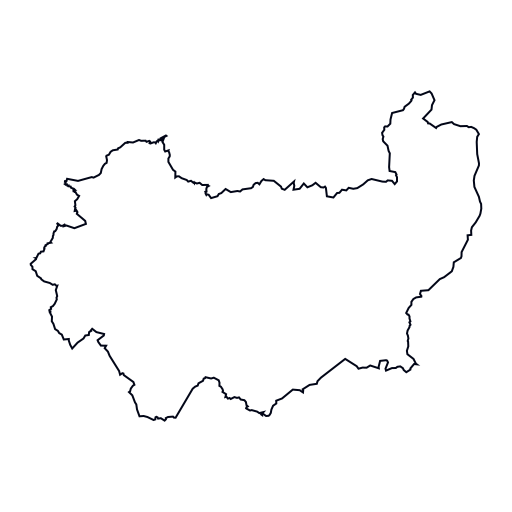 Lifford-Stranorlar Lea-6, Donegal, Ireland
{"feature_id": "5873133B69749427395931", "entity_name": "Lifford-Stranorlar Lea-6", "entity_type": "district", "adm_level": 2, "iso_a3": "IRL", "parent_name": "Ireland", "parent_adm1": "Donegal", "projection": "mercator", "projection_center": [-7.813, 54.836], "detail": "fine", "context": "isolated", "style": "outline", "palette": "ink", "viewbox_px": 512, "rotation_deg": 0, "n_neighbors": 0, "source": "geoboundaries", "source_scale": "gbopen_adm2", "svg_char_len": 5993}
<svg xmlns="http://www.w3.org/2000/svg" viewBox="0 0 512 512"><path d="M392.1,113.0L390.5,119.5L390.3,123.7L387.5,126.5L385.1,126.4L384.2,127.4L384.3,129.8L382.1,132.8L382.5,135.2L383.4,136.6L382.7,139.1L383.2,141.3L387.5,145.7L388.6,150.9L389.8,153.3L389.1,167.1L389.6,171.0L395.3,172.1L396.5,174.5L396.0,175.2L397.0,177.2L397.0,181.4L394.7,184.1L392.0,180.8L387.7,180.4L386.0,181.8L382.4,181.6L371.6,179.0L367.8,180.3L363.2,184.4L357.3,188.1L353.3,188.8L348.7,187.8L346.3,190.4L342.0,189.7L339.4,192.8L337.1,193.0L333.4,197.5L326.9,196.3L325.9,187.9L325.0,186.6L323.5,187.5L320.8,187.2L315.6,182.8L312.3,185.3L307.4,187.3L303.8,183.5L299.6,188.8L293.5,189.7L294.3,185.8L293.7,182.9L294.0,181.5L284.7,189.8L281.8,188.7L281.0,186.6L273.8,180.8L265.3,180.2L263.6,179.1L261.4,181.0L259.4,184.3L257.7,182.8L255.6,183.1L253.6,184.8L252.9,186.9L251.1,188.2L242.5,189.4L240.1,191.5L237.4,191.0L230.8,192.1L225.6,189.0L221.3,193.1L218.8,194.0L217.5,196.2L211.1,198.1L208.7,194.8L206.7,194.3L206.3,194.9L205.6,193.6L205.5,192.3L206.0,192.0L205.6,191.6L206.5,191.2L206.3,189.0L206.9,187.0L208.6,186.0L207.8,185.6L207.8,184.9L202.2,185.0L199.6,182.8L196.9,183.5L194.6,182.5L194.4,183.1L193.9,182.2L193.3,182.7L191.0,180.8L188.2,181.6L186.7,180.0L181.7,178.2L178.9,176.3L176.8,176.4L175.3,177.5L175.4,171.6L173.0,169.8L168.4,161.9L168.4,158.5L169.7,156.4L169.8,155.0L169.1,152.2L168.3,151.2L168.5,150.4L165.2,151.5L164.2,149.7L164.2,144.8L162.5,142.0L164.3,137.0L166.4,135.9L165.9,135.5L161.2,138.0L162.2,138.9L161.5,140.0L160.9,139.1L158.9,139.5L159.4,140.3L158.6,140.4L158.2,141.4L157.7,140.6L156.7,141.4L155.8,143.2L155.2,142.4L153.7,142.3L150.4,143.5L149.6,143.2L150.2,141.6L149.3,140.9L146.5,141.8L145.6,140.7L141.1,140.8L139.0,140.0L133.0,142.5L127.6,142.0L127.6,142.8L125.3,142.8L120.2,147.4L118.1,148.3L117.7,149.5L112.8,150.3L110.6,151.8L108.9,154.7L106.5,155.7L106.2,156.3L107.0,160.1L106.6,162.9L104.9,163.8L103.3,165.8L101.6,169.1L100.8,173.0L99.0,174.9L93.6,177.6L91.7,177.1L78.0,180.9L67.1,178.8L66.5,181.0L65.0,181.1L64.9,181.9L66.5,182.6L65.5,182.5L65.5,183.7L64.9,184.1L65.8,184.8L66.9,184.4L67.4,185.7L68.6,185.5L68.6,186.3L70.7,186.6L71.1,187.8L73.9,188.8L74.8,189.7L73.4,189.6L73.5,191.0L74.8,190.7L74.7,192.0L75.5,192.1L77.0,194.7L79.1,195.9L77.2,199.2L74.9,201.2L75.4,205.2L74.6,206.6L75.5,207.5L75.3,208.7L75.9,209.6L75.0,209.3L74.7,211.0L76.1,210.7L77.4,212.2L76.8,213.8L85.2,220.9L85.9,223.9L74.4,228.2L66.4,225.5L64.3,226.1L64.9,225.0L64.6,224.6L62.6,225.8L60.7,225.8L57.6,223.4L57.3,223.7L58.4,225.4L57.2,226.7L56.6,229.1L55.2,231.2L54.2,231.4L53.5,233.4L53.5,234.9L52.9,236.0L52.8,237.9L50.3,242.1L51.0,242.7L47.7,243.3L47.8,243.9L45.6,245.2L45.8,245.8L44.8,246.5L44.1,248.1L44.5,248.7L43.5,251.4L40.9,251.7L40.2,253.3L38.5,253.7L36.4,257.9L35.8,258.0L36.2,258.2L36.0,259.2L30.7,263.8L30.8,264.9L32.4,266.7L32.5,269.2L35.7,271.2L37.2,275.8L41.0,278.4L41.3,279.3L44.1,281.4L49.8,283.0L52.7,284.8L54.8,284.3L56.5,285.9L57.3,285.7L55.8,290.1L57.2,296.1L56.5,297.7L56.8,299.4L54.7,303.8L52.9,306.1L50.8,307.2L51.1,308.9L49.3,310.1L49.7,312.0L50.4,311.8L50.3,313.3L52.0,316.6L51.8,321.3L53.4,323.8L55.1,329.1L57.9,330.9L59.2,333.1L61.8,334.6L63.8,339.5L68.8,339.0L68.8,340.6L70.2,344.8L72.2,348.5L77.6,342.6L83.5,338.5L85.3,335.5L88.8,335.0L89.1,332.1L91.0,331.0L90.7,330.6L92.2,328.8L96.4,332.1L104.1,334.0L103.8,335.5L97.6,340.2L98.3,342.0L100.9,345.6L106.1,345.7L104.7,348.2L107.9,351.6L109.6,355.8L119.1,371.0L120.1,374.7L122.4,373.2L123.4,373.5L123.8,375.1L133.4,382.0L134.4,384.8L132.9,385.7L130.8,388.6L130.1,391.3L129.0,392.1L132.3,395.3L135.0,402.4L136.3,404.4L137.0,409.4L139.5,416.3L143.6,416.0L147.4,417.0L153.6,420.0L155.3,419.4L155.5,417.3L156.4,416.8L157.6,417.4L158.1,418.6L160.8,418.2L164.6,420.6L165.9,419.3L165.8,418.1L168.0,417.0L173.0,416.6L173.9,417.6L175.6,417.7L192.7,388.7L195.2,386.6L197.7,385.6L198.5,383.3L203.0,380.8L203.7,378.6L205.0,378.2L205.5,377.2L211.1,378.5L213.8,377.7L218.7,380.3L219.5,382.7L219.4,385.9L220.9,386.7L222.6,389.3L223.0,390.8L222.5,391.9L226.1,394.2L225.4,397.0L226.4,396.7L227.9,398.6L229.6,398.0L230.7,399.0L234.4,397.1L237.0,397.9L239.0,397.4L240.7,399.5L244.4,400.2L245.9,402.0L246.5,405.2L247.8,406.4L246.5,407.2L246.1,408.3L246.5,408.6L250.0,410.5L251.7,410.1L257.1,411.6L259.3,413.1L263.4,412.1L261.3,414.5L262.0,415.0L261.9,414.0L262.7,413.6L266.1,416.0L268.6,415.8L269.6,414.9L270.8,412.9L271.4,409.6L273.1,405.7L276.3,403.5L276.2,400.7L282.0,398.5L292.8,389.6L299.7,390.2L303.0,392.4L303.2,390.3L302.7,389.3L309.6,384.9L316.8,383.8L317.5,381.2L321.0,377.6L345.2,358.9L356.7,366.2L358.5,368.7L362.5,367.6L366.6,367.7L370.2,365.5L378.8,368.3L378.6,366.9L380.1,360.9L386.1,360.2L387.1,360.6L388.0,362.4L385.5,368.7L386.0,370.6L391.9,368.1L395.8,368.0L397.4,366.8L400.3,366.4L402.9,368.2L403.7,370.0L406.3,372.2L410.4,369.6L410.4,368.4L414.1,364.0L416.7,364.3L415.9,363.7L413.5,358.9L407.4,354.2L406.9,350.8L408.3,346.3L408.1,341.7L407.7,341.0L408.4,338.5L407.9,335.6L407.0,333.5L407.6,330.5L409.5,327.1L409.6,325.8L410.5,324.8L409.4,322.3L410.4,321.4L409.5,318.5L409.5,316.4L408.5,314.6L407.6,314.6L406.2,313.0L408.7,307.9L411.4,304.9L411.4,301.8L413.4,299.0L416.2,297.4L421.3,296.7L421.4,296.0L420.0,294.0L420.9,290.8L428.4,290.2L439.8,279.1L444.1,277.2L451.8,271.3L453.4,266.9L453.8,262.3L460.9,258.0L461.5,256.3L461.6,252.1L467.9,239.7L467.6,235.3L471.3,234.9L471.1,230.5L471.9,227.2L475.7,222.4L479.6,215.8L480.4,213.6L481.3,208.6L481.1,203.9L480.0,201.6L478.9,196.8L474.4,186.9L473.8,180.5L474.5,175.8L478.9,165.5L479.0,163.4L477.2,154.1L476.7,141.9L477.2,136.8L478.9,134.1L476.3,129.7L474.1,128.2L471.2,126.9L468.7,127.2L466.9,126.0L460.4,126.2L454.0,124.1L451.8,122.1L441.3,124.5L436.7,126.9L436.1,128.0L429.7,123.5L428.1,123.4L427.7,122.0L423.1,118.5L431.5,109.6L432.0,105.1L434.5,100.2L431.6,93.5L429.6,91.4L420.7,94.9L416.0,93.8L415.0,92.4L412.8,95.0L412.9,97.6L411.2,99.7L411.5,100.4L411.2,101.0L408.9,103.6L404.6,106.8L404.0,108.8L403.0,110.2L392.1,113.0Z" fill="none" stroke="#020617" stroke-width="2"/></svg>